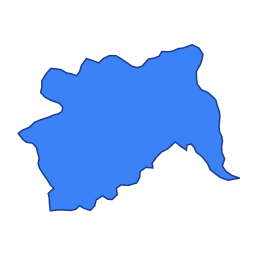 outline of Monte Alegre do Sul, São Paulo, Brazil, rotated 268°
{"feature_id": "56859067B34036073366888", "entity_name": "Monte Alegre do Sul", "entity_type": "district", "adm_level": 2, "iso_a3": "BRA", "parent_name": "Brazil", "parent_adm1": "São Paulo", "projection": "orthographic", "projection_center": [-46.671, -22.708], "detail": "fine", "context": "isolated", "style": "filled", "palette": "blue", "viewbox_px": 256, "rotation_deg": 268, "n_neighbors": 0, "source": "geoboundaries", "source_scale": "gbopen_adm2", "svg_char_len": 1619}
<svg xmlns="http://www.w3.org/2000/svg" viewBox="0 0 256 256"><g transform="rotate(268 128 128)"><path d="M74.0,237.9L77.0,230.1L81.2,224.4L86.7,220.9L93.7,223.5L100.1,221.0L106.3,220.9L111.5,222.0L116.2,221.5L120.6,219.4L126.8,219.1L136.9,220.3L141.8,219.7L147.5,217.9L153.0,216.7L156.1,213.9L160.7,209.0L163.7,202.6L170.0,198.5L175.5,198.2L182.3,198.3L188.6,202.3L192.7,204.0L198.8,205.5L205.2,201.9L209.0,195.0L206.0,185.9L205.6,180.9L203.2,175.2L202.8,170.8L203.2,164.4L198.8,161.7L197.0,156.9L196.2,150.8L189.3,144.2L188.0,139.8L189.6,134.1L194.4,127.8L198.2,122.4L200.6,118.5L201.0,112.0L198.4,105.8L194.1,101.2L196.8,94.4L198.9,88.9L192.4,83.8L186.3,81.7L182.0,78.4L184.3,72.9L185.1,68.8L188.7,62.8L189.6,58.1L190.3,53.1L187.4,50.2L183.3,46.8L177.8,43.4L172.4,43.4L166.5,42.0L161.9,45.9L158.3,51.9L155.2,60.0L151.2,63.5L146.6,62.4L144.6,58.6L143.5,54.0L141.6,49.2L139.4,41.3L137.0,34.9L132.1,29.4L129.7,22.7L126.4,18.1L120.2,22.5L117.3,26.0L116.2,32.0L111.6,35.9L107.6,36.5L101.4,38.2L95.3,37.0L91.1,38.2L85.3,41.4L79.7,45.1L73.6,48.6L70.4,51.8L65.5,46.0L61.1,46.8L54.8,46.9L47.9,47.5L48.5,53.3L48.5,59.0L47.6,67.8L48.6,73.1L52.1,76.7L49.4,81.0L47.0,87.5L51.4,92.0L57.2,93.7L61.1,100.1L57.5,105.3L57.1,109.7L61.7,114.9L68.2,114.3L71.4,119.2L70.6,126.4L72.8,134.8L78.1,137.9L84.1,138.6L88.0,144.5L87.2,151.5L92.0,150.9L97.2,154.9L102.8,160.5L105.6,166.6L109.6,171.5L112.5,174.9L108.4,179.4L103.8,185.6L108.9,186.3L109.8,190.6L106.5,193.3L101.4,195.4L98.6,199.0L95.7,201.9L89.8,206.2L83.4,208.8L78.9,214.1L75.0,219.1L72.3,226.4L73.3,232.5L74.0,237.9Z" fill="#3b82f6" stroke="#1e3a8a" stroke-width="1.5"/></g></svg>